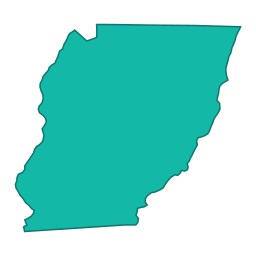 outline of Candeal, Bahia, Brazil
{"feature_id": "56859067B49884846249596", "entity_name": "Candeal", "entity_type": "district", "adm_level": 2, "iso_a3": "BRA", "parent_name": "Brazil", "parent_adm1": "Bahia", "projection": "albers", "projection_center": [-39.193, -11.879], "detail": "fine", "context": "isolated", "style": "filled", "palette": "teal", "viewbox_px": 256, "rotation_deg": 0, "n_neighbors": 0, "source": "geoboundaries", "source_scale": "gbopen_adm2", "svg_char_len": 1758}
<svg xmlns="http://www.w3.org/2000/svg" viewBox="0 0 256 256"><path d="M240.6,26.8L194.8,25.5L160.7,25.2L136.9,24.9L117.8,24.6L105.1,24.5L99.8,24.5L96.6,24.5L96.8,28.6L96.8,37.4L92.9,38.9L86.8,41.0L74.7,30.1L71.9,32.2L69.5,33.7L67.9,36.8L66.7,39.8L64.0,44.4L62.6,48.9L59.6,51.0L58.0,56.2L56.1,60.3L55.0,63.2L52.1,64.8L49.1,67.6L48.3,70.4L46.1,72.9L43.3,76.1L41.9,80.4L40.2,83.5L40.0,87.0L41.1,90.8L42.8,94.3L43.2,98.3L42.1,102.8L39.0,106.3L38.3,109.4L39.5,112.7L43.1,115.3L45.5,118.4L46.4,121.6L44.6,125.3L42.1,128.9L43.2,132.7L44.1,135.8L43.3,138.5L42.5,141.6L39.5,144.7L36.5,146.6L34.5,149.5L33.7,152.6L32.0,155.2L29.6,158.9L27.0,162.5L24.7,166.0L24.9,169.4L22.7,172.3L18.5,174.2L17.0,177.5L16.8,180.9L15.4,184.5L16.0,187.9L17.7,190.7L20.3,195.4L22.9,198.3L25.6,202.6L29.1,205.5L31.2,208.2L34.3,210.6L33.5,213.1L31.4,216.2L27.6,218.5L24.8,219.9L25.7,222.5L26.8,225.0L23.6,226.8L24.6,231.5L124.0,225.0L135.8,224.9L137.8,222.4L138.4,218.4L136.0,215.4L137.1,211.9L137.6,208.3L141.0,207.4L144.4,206.8L147.2,205.0L145.3,202.3L145.4,198.6L147.4,195.6L151.3,192.7L155.5,191.9L159.6,190.0L163.1,188.0L165.1,184.5L167.7,180.9L170.8,177.5L174.7,174.8L177.7,175.3L180.0,173.4L181.6,170.4L184.6,171.1L187.5,169.7L188.1,166.9L187.2,163.7L189.2,161.1L190.2,158.6L191.5,156.2L193.5,152.1L195.6,148.0L197.4,144.8L196.5,141.0L198.2,137.6L201.1,137.0L204.2,135.9L207.8,133.8L209.7,130.3L211.2,126.1L212.8,122.6L213.7,119.7L215.3,116.8L217.9,113.2L220.0,108.8L219.6,103.4L216.7,100.1L217.6,97.1L218.7,92.3L219.0,88.8L220.0,85.8L223.0,82.9L228.0,80.1L226.6,75.9L226.0,72.3L225.8,68.8L226.6,65.4L228.0,60.5L229.0,56.2L230.6,53.4L231.3,50.8L232.0,47.6L233.6,44.1L235.2,39.8L236.0,36.4L237.8,32.4L239.5,29.3L240.6,26.8Z" fill="#14b8a6" stroke="#0f766e" stroke-width="1.5"/></svg>